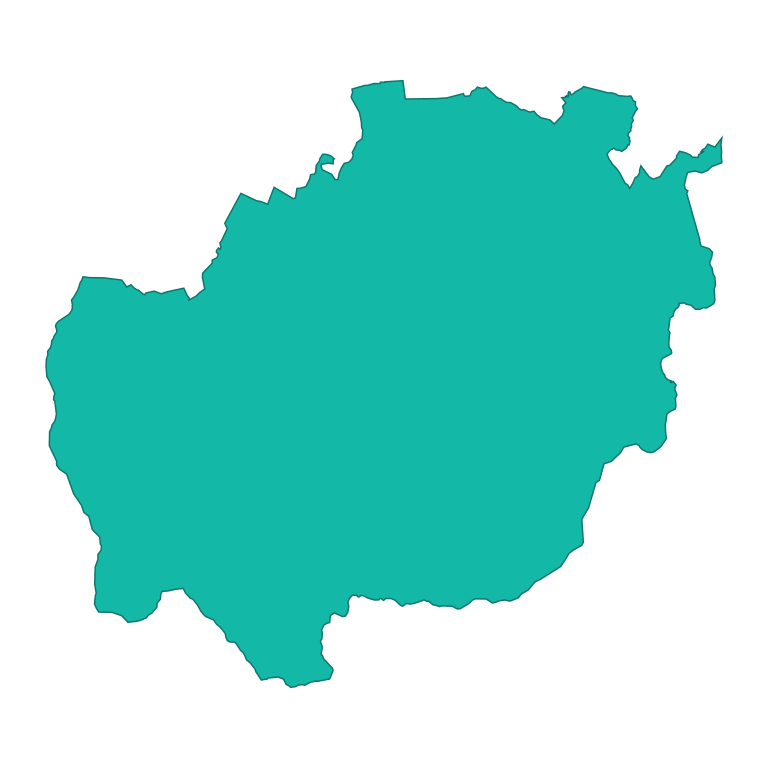 the district of Curtea De Arges, Arges, Romania
{"feature_id": "2599482B76478709912239", "entity_name": "Curtea De Arges", "entity_type": "district", "adm_level": 2, "iso_a3": "ROU", "parent_name": "Romania", "parent_adm1": "Arges", "projection": "orthographic", "projection_center": [24.678, 45.135], "detail": "fine", "context": "isolated", "style": "filled", "palette": "teal", "viewbox_px": 768, "rotation_deg": 0, "n_neighbors": 0, "source": "geoboundaries", "source_scale": "gbopen_adm2", "svg_char_len": 6011}
<svg xmlns="http://www.w3.org/2000/svg" viewBox="0 0 768 768"><path d="M581.6,545.4L583.3,542.2L581.8,519.3L588.7,507.5L595.9,482.6L599.4,480.4L604.0,463.8L611.3,461.4L620.6,452.6L623.8,447.1L636.4,443.8L639.2,445.8L640.2,447.6L642.5,449.8L647.3,452.1L651.1,452.6L654.2,451.7L659.6,447.7L661.6,445.7L666.4,438.5L665.6,431.9L665.3,424.7L666.4,418.8L666.7,414.6L668.2,412.9L670.3,411.4L675.1,409.1L675.9,406.3L675.4,398.4L676.9,394.7L675.1,390.4L674.9,387.7L676.1,385.0L673.4,381.6L671.0,382.6L670.4,381.7L671.3,381.0L667.8,379.7L665.3,377.3L664.8,375.2L663.2,373.2L662.2,371.3L661.0,366.5L660.6,363.2L662.0,358.6L671.2,353.7L671.7,352.9L671.2,350.1L669.0,346.9L668.8,342.3L669.5,334.6L670.0,333.1L668.3,329.6L668.9,327.6L670.0,318.0L673.1,316.0L673.8,312.3L675.7,309.1L677.9,307.5L679.2,305.2L679.0,303.4L684.7,302.9L686.0,304.2L690.8,305.1L695.6,309.4L700.2,309.2L703.2,307.6L705.9,308.0L707.4,307.5L713.7,303.7L714.9,300.5L714.2,289.1L715.5,284.9L714.8,277.1L713.0,273.6L712.0,267.8L710.2,265.5L709.7,262.6L711.7,257.1L712.5,252.2L709.2,248.7L701.0,246.0L699.8,241.2L699.8,239.8L686.7,193.4L687.8,190.8L685.2,189.1L684.4,184.9L686.0,177.4L687.6,172.4L695.2,171.1L701.6,172.9L707.6,170.5L711.8,166.5L721.9,162.7L721.3,156.2L721.6,151.6L720.9,144.7L721.8,138.0L714.9,147.1L707.8,144.2L705.2,148.2L702.3,149.8L701.0,151.8L704.2,151.1L701.6,153.1L698.6,154.7L698.3,157.4L692.4,157.2L690.3,155.0L685.1,152.6L679.5,151.3L676.5,156.2L676.6,158.0L669.8,165.2L666.9,165.9L660.2,176.5L653.3,179.2L649.1,176.8L640.9,165.8L639.6,170.0L639.6,173.0L637.5,176.6L635.3,177.5L633.1,182.6L629.7,188.5L627.8,185.1L624.9,182.9L619.7,172.9L616.4,168.3L612.4,164.2L609.0,159.0L607.0,154.2L610.3,149.8L612.3,149.2L613.9,148.1L615.9,149.9L619.8,150.3L621.7,151.5L626.4,148.1L627.7,145.2L629.3,144.7L630.0,140.7L629.3,139.6L629.6,137.7L627.9,135.7L628.4,133.2L630.8,130.8L630.8,128.7L631.6,126.8L631.5,123.5L633.2,120.7L632.3,117.5L635.4,111.5L637.5,108.8L635.5,106.0L635.4,101.7L632.9,100.5L632.7,99.1L630.8,96.0L627.1,96.4L619.1,95.7L617.6,95.3L616.4,94.2L611.2,92.8L608.3,92.9L583.5,86.6L582.2,88.1L575.0,92.0L573.6,93.6L571.5,94.6L570.3,93.7L570.1,92.2L568.7,91.8L568.1,93.9L568.6,95.4L567.1,95.5L567.9,96.7L565.4,96.5L565.5,97.4L561.8,97.7L565.8,102.8L562.8,106.1L562.8,107.5L564.1,110.6L562.5,115.3L554.2,124.0L550.0,120.0L540.8,117.7L536.4,114.3L534.1,111.3L532.0,111.5L531.0,112.0L529.0,111.9L523.6,109.5L521.5,110.3L520.6,109.3L518.6,108.5L518.1,107.4L515.9,105.5L510.6,102.6L506.1,102.2L502.4,100.0L501.0,98.8L498.8,98.4L496.5,97.0L486.0,87.1L483.3,88.3L480.5,88.2L477.4,87.1L475.1,89.8L471.9,91.3L469.9,95.8L465.6,96.3L464.2,95.6L463.4,93.6L446.9,97.9L436.3,98.6L405.3,99.0L402.9,80.7L385.2,81.8L385.3,82.2L384.7,82.3L380.3,82.2L380.1,83.7L373.9,83.5L367.4,85.4L364.7,85.4L352.0,89.1L352.6,92.6L351.3,96.4L351.4,97.9L359.5,112.5L361.3,121.9L361.7,127.7L362.8,130.2L362.1,138.7L356.7,142.6L356.2,144.8L352.3,152.4L353.3,155.5L351.8,159.2L348.6,162.4L344.2,163.3L341.3,168.1L339.3,172.8L337.9,179.6L335.1,179.6L331.7,174.3L322.3,169.7L321.3,167.1L321.3,164.4L328.0,163.2L333.2,163.8L333.2,159.8L334.3,158.8L330.6,155.7L326.5,154.4L322.7,154.2L319.7,159.0L319.6,160.8L316.2,165.4L315.7,171.2L314.9,173.9L310.6,174.7L309.7,178.9L305.9,186.6L300.0,188.3L297.0,188.4L295.5,197.7L293.3,198.7L274.1,187.3L267.7,204.2L260.8,201.5L256.6,200.8L240.9,193.4L224.8,223.3L227.2,228.8L221.6,240.6L219.9,242.9L220.9,247.4L220.0,249.5L218.5,247.9L216.5,250.5L216.5,252.6L218.1,253.4L217.9,256.0L216.8,257.8L212.2,260.1L212.1,263.3L202.7,273.2L202.4,277.1L204.7,288.9L200.1,292.3L195.9,296.2L189.0,300.1L189.1,298.0L187.0,295.1L183.8,288.2L167.0,291.8L161.1,293.8L154.3,291.1L145.9,293.0L144.9,294.6L143.2,294.2L138.3,290.0L137.3,290.1L133.7,287.7L131.0,284.7L126.7,287.0L121.8,280.1L103.5,277.8L89.4,277.6L83.0,276.8L81.7,280.3L80.2,282.7L77.9,290.0L73.6,297.3L71.5,300.1L72.4,304.4L72.2,308.5L71.7,310.6L69.0,314.3L58.3,321.4L56.1,324.1L55.5,326.3L56.7,329.8L56.8,331.9L53.8,336.6L53.4,338.6L51.7,340.8L51.4,344.5L50.2,348.0L47.7,351.2L47.8,355.2L46.3,359.6L46.1,366.3L46.8,376.6L49.4,381.0L54.8,393.4L53.7,397.3L53.6,399.9L54.8,400.8L56.4,414.1L55.5,419.0L54.2,422.1L52.1,424.9L51.3,428.2L49.6,431.7L49.3,445.7L56.6,461.2L56.6,465.2L59.6,469.2L66.7,474.2L73.7,493.9L81.5,505.3L83.9,512.5L88.8,516.3L92.3,529.6L99.8,537.2L100.3,544.1L101.5,545.8L101.1,550.2L97.9,554.6L98.0,559.3L95.2,567.0L94.7,583.8L96.2,593.3L95.3,595.8L94.5,604.0L96.6,608.7L98.9,612.1L111.9,612.3L121.7,615.7L128.0,622.3L136.4,621.3L140.5,620.3L146.4,617.7L148.4,615.1L151.7,613.2L156.8,607.4L157.2,602.9L160.4,599.3L160.7,594.5L162.1,591.4L168.2,590.9L174.6,589.4L183.2,588.4L185.6,593.1L190.1,598.1L192.9,599.2L197.8,605.4L200.9,611.3L205.3,616.3L213.5,619.9L216.7,624.4L220.0,627.0L222.7,630.2L225.3,633.6L225.8,637.0L227.3,640.5L229.6,641.9L234.5,642.2L236.2,643.6L240.5,650.3L243.2,652.7L244.5,655.0L246.6,660.0L250.2,662.8L255.1,669.2L255.9,671.8L261.3,680.0L267.0,679.1L268.3,678.0L277.9,677.0L283.5,679.1L286.2,684.4L289.2,685.9L290.6,687.3L295.6,686.6L298.4,685.0L302.2,684.7L304.8,685.2L310.5,682.3L315.0,681.2L317.4,681.3L329.6,679.0L333.0,670.8L332.6,668.4L323.4,658.5L322.5,655.7L321.0,654.1L322.4,647.2L320.4,641.1L321.9,638.8L322.3,632.3L321.5,630.0L323.8,625.1L327.3,623.1L329.6,622.6L330.4,615.5L334.4,612.9L342.4,616.5L345.4,616.1L347.8,612.3L348.7,606.0L347.9,602.5L348.8,599.7L350.4,597.1L352.7,595.1L357.1,595.5L357.7,596.5L358.9,597.0L361.0,595.5L363.9,595.8L367.7,598.0L374.5,600.0L378.8,599.9L379.7,598.6L381.3,598.6L383.5,600.4L386.0,598.4L391.4,598.6L395.4,600.4L399.3,604.3L401.5,605.9L402.7,606.1L406.5,603.5L410.0,604.1L414.9,603.2L424.1,599.9L426.8,601.3L428.8,601.3L432.9,604.8L436.0,605.3L439.6,606.6L442.2,605.9L452.2,606.2L457.2,608.9L460.0,608.8L469.3,603.3L472.2,600.2L475.2,598.8L486.2,599.0L492.5,603.0L495.7,602.3L498.6,600.9L504.8,600.0L510.0,601.1L518.2,597.9L521.7,593.7L528.1,590.1L535.3,581.6L539.9,579.6L560.7,566.5L565.3,559.7L568.9,553.5L573.6,549.9L581.6,545.4Z" fill="#14b8a6" stroke="#0f766e" stroke-width="1.5"/></svg>